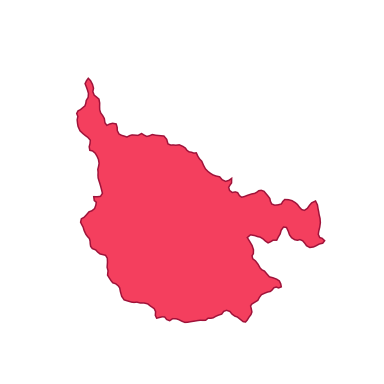 the district of Mato Verde, Minas Gerais, Brazil, rotated 162°
{"feature_id": "56859067B8029388584979", "entity_name": "Mato Verde", "entity_type": "district", "adm_level": 2, "iso_a3": "BRA", "parent_name": "Brazil", "parent_adm1": "Minas Gerais", "projection": "natural_earth1", "projection_center": [-42.879, -15.456], "detail": "fine", "context": "isolated", "style": "filled", "palette": "rose", "viewbox_px": 384, "rotation_deg": 162, "n_neighbors": 0, "source": "geoboundaries", "source_scale": "gbopen_adm2", "svg_char_len": 3760}
<svg xmlns="http://www.w3.org/2000/svg" viewBox="0 0 384 384"><g transform="rotate(162 192 192)"><path d="M77.3,145.3L81.6,144.7L84.4,143.0L87.3,140.8L90.8,139.8L93.1,141.4L94.5,144.3L95.6,147.6L97.1,150.0L99.6,152.9L102.7,154.9L106.1,156.2L108.6,154.9L110.7,153.0L114.2,153.2L117.4,153.9L119.9,156.0L120.3,158.9L120.0,161.8L121.1,165.0L122.2,167.7L123.3,170.4L125.6,172.2L128.1,172.6L130.3,171.8L132.7,171.3L135.9,171.7L140.3,171.7L143.5,171.5L146.4,171.7L148.0,173.9L148.8,177.3L150.8,178.7L153.9,179.1L155.8,181.9L155.7,185.1L153.8,186.8L151.6,188.4L150.1,192.7L153.2,191.7L156.7,191.7L159.5,194.3L161.0,197.9L164.4,199.9L166.8,201.8L168.6,203.9L170.5,206.6L172.1,209.9L172.8,213.8L173.2,218.2L174.6,221.1L175.4,224.1L175.8,227.9L178.2,228.4L180.1,229.9L182.4,231.1L184.0,233.3L184.7,235.8L186.5,238.1L189.5,240.8L193.0,241.5L195.4,242.6L197.6,243.1L200.0,245.2L199.8,249.9L201.4,253.9L205.5,255.7L209.0,257.2L212.0,258.9L215.1,258.6L217.8,258.8L219.9,260.8L221.9,263.2L225.8,262.5L228.9,263.8L231.4,264.8L233.7,264.9L236.9,264.4L239.3,266.2L241.4,267.6L243.5,269.7L244.1,273.4L243.2,276.6L243.1,280.2L246.3,281.9L249.4,282.1L252.4,281.7L253.4,284.8L252.7,289.0L253.4,292.4L254.4,295.3L254.4,298.6L253.5,301.7L252.3,305.2L251.8,309.1L253.5,311.9L255.1,314.3L255.3,318.1L253.6,321.1L253.4,325.1L254.1,329.3L255.5,332.2L257.9,330.5L260.2,328.1L260.0,324.5L259.9,321.2L260.0,317.8L261.5,314.1L264.3,311.7L265.6,309.2L267.2,307.0L270.2,305.8L272.7,304.8L275.3,304.4L277.4,302.3L277.2,299.1L278.9,296.2L279.7,292.4L280.1,289.5L279.6,284.8L277.7,281.3L275.9,278.5L274.2,276.2L272.7,272.7L274.0,269.6L275.8,266.8L276.3,263.2L273.9,261.8L272.1,258.9L271.3,255.6L270.9,252.0L271.5,247.9L273.1,245.0L274.6,242.6L275.2,239.8L276.2,237.1L276.9,234.4L277.0,231.6L277.0,228.9L277.1,225.7L277.3,222.3L277.6,218.4L280.4,216.1L283.7,216.8L286.9,217.9L287.6,214.1L286.2,211.8L287.6,209.1L289.8,206.3L293.0,205.1L296.1,205.0L299.5,202.9L302.4,201.3L305.5,200.7L307.3,197.7L306.9,195.0L306.4,192.2L306.5,188.5L306.0,184.5L305.1,181.8L304.0,179.5L304.1,176.8L304.8,174.1L305.2,171.6L304.3,169.0L301.5,166.7L300.3,164.1L298.6,161.5L296.0,159.9L293.8,158.5L293.0,155.2L294.1,151.3L296.0,146.6L296.2,143.0L298.0,139.0L297.2,135.7L296.4,132.7L295.4,130.1L293.0,128.4L291.2,125.7L290.4,123.2L290.9,119.2L291.1,114.5L289.9,110.4L286.5,108.0L283.4,105.9L281.2,104.9L278.5,104.3L275.6,102.5L271.8,101.2L268.7,99.3L266.7,96.3L264.0,92.8L263.6,89.5L265.0,86.0L264.6,82.9L261.6,82.7L258.8,82.5L256.6,81.6L255.5,78.6L253.0,76.5L249.6,77.5L246.2,76.3L244.0,74.7L241.5,72.2L239.1,70.2L236.5,69.5L233.5,69.1L229.8,68.5L226.4,68.0L223.8,67.5L221.6,66.7L218.7,65.8L215.7,67.0L213.1,66.1L210.8,65.8L208.0,66.4L205.1,66.7L201.5,66.7L198.7,68.7L195.7,68.8L192.9,66.7L191.6,63.4L189.6,60.7L187.5,59.1L185.4,55.9L183.4,52.9L181.3,51.8L179.1,53.1L176.4,55.4L173.8,57.2L172.1,59.4L171.7,62.7L171.5,65.6L169.6,67.0L167.0,67.6L162.9,68.6L160.4,71.0L157.7,72.9L154.2,73.3L151.0,73.5L148.2,73.2L146.0,74.1L143.8,75.6L141.3,75.6L139.3,74.0L136.4,74.2L136.0,77.2L136.4,80.4L138.4,82.9L141.5,85.4L144.6,87.4L146.2,91.1L147.5,94.4L149.5,96.3L150.7,98.6L151.5,102.8L152.9,106.8L154.9,109.8L154.6,112.8L152.7,114.4L151.4,118.0L151.4,122.5L152.4,127.1L153.5,131.6L149.6,133.2L145.7,131.1L143.4,129.3L141.1,128.0L138.9,125.4L137.4,122.7L135.4,120.1L132.7,120.4L129.8,121.1L126.3,120.0L124.0,122.4L121.1,124.9L119.0,128.1L115.8,130.4L113.1,129.1L112.6,125.1L112.5,121.1L111.4,117.7L109.1,114.9L106.6,113.5L104.1,113.4L101.8,111.4L100.5,108.2L99.7,105.5L97.1,102.8L93.4,102.2L90.7,102.5L87.0,103.2L83.5,102.9L80.9,104.7L82.6,107.8L84.6,109.2L85.0,112.7L83.5,115.7L81.4,119.1L79.4,123.2L78.4,127.3L78.1,131.2L77.6,134.3L77.3,137.1L76.7,141.0L77.3,145.3Z" fill="#f43f5e" stroke="#9f1239" stroke-width="1.5"/></g></svg>